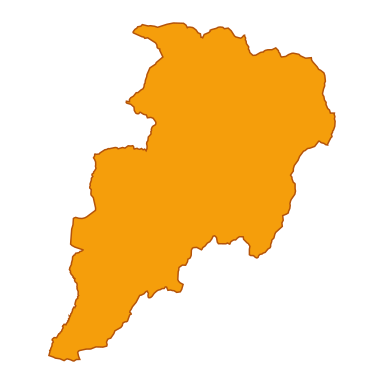 Gutierrez, Cundinamarca, Colombia
{"feature_id": "7082276B81607820591888", "entity_name": "Gutierrez", "entity_type": "district", "adm_level": 2, "iso_a3": "COL", "parent_name": "Colombia", "parent_adm1": "Cundinamarca", "projection": "albers", "projection_center": [-74.067, 4.149], "detail": "fine", "context": "isolated", "style": "filled", "palette": "amber", "viewbox_px": 384, "rotation_deg": 0, "n_neighbors": 0, "source": "geoboundaries", "source_scale": "gbopen_adm2", "svg_char_len": 5867}
<svg xmlns="http://www.w3.org/2000/svg" viewBox="0 0 384 384"><path d="M311.6,60.1L311.3,57.7L305.6,58.2L300.4,55.8L298.9,54.3L293.4,53.2L291.9,53.3L288.5,54.6L285.8,56.4L281.6,57.0L280.8,56.3L279.8,53.4L278.7,52.1L278.4,50.6L275.8,47.9L272.0,49.7L267.7,49.8L265.3,50.4L264.1,51.1L263.5,51.9L260.6,52.4L255.7,55.2L252.9,55.4L249.8,52.5L249.3,50.4L248.4,49.1L248.7,46.9L246.4,43.6L246.1,41.1L245.3,39.9L245.6,38.0L244.7,36.3L244.6,35.2L243.8,35.4L241.9,37.5L240.5,38.2L235.7,36.9L234.5,36.0L231.2,30.8L228.2,28.1L224.4,28.7L222.8,27.3L220.1,27.0L218.1,27.3L216.4,28.3L211.6,29.6L210.1,30.3L210.2,31.2L208.9,32.5L204.2,34.5L202.7,37.8L202.0,37.3L201.0,37.3L200.4,33.8L198.0,32.8L196.1,30.0L193.5,28.0L192.5,27.5L189.9,27.1L187.9,27.2L187.3,27.7L186.0,25.1L183.6,23.3L173.4,23.0L166.9,24.3L157.6,27.3L154.7,26.3L150.4,25.7L148.2,26.0L142.3,24.6L140.8,26.2L137.7,26.8L136.8,28.2L134.9,29.4L133.2,31.7L133.1,32.6L133.6,33.0L142.1,36.8L143.7,37.0L144.8,38.3L147.7,37.8L155.5,42.8L156.8,44.7L157.2,47.6L158.4,48.6L159.8,49.0L159.8,50.5L162.9,57.0L156.3,62.5L155.6,64.1L149.9,67.9L147.0,74.6L146.7,76.7L145.4,80.2L145.0,83.3L144.3,84.2L144.0,86.8L143.0,88.8L140.9,90.0L138.0,92.6L136.2,92.7L133.5,96.1L130.8,97.7L129.5,99.4L129.5,101.7L126.4,101.2L126.2,102.6L126.9,103.2L130.8,104.3L134.0,107.1L134.3,110.5L135.8,113.1L137.0,113.7L138.2,113.8L138.8,113.6L139.9,112.3L140.4,112.3L143.6,114.3L146.4,115.0L147.4,117.8L150.9,117.4L153.2,118.3L155.6,121.7L155.9,122.7L155.8,124.0L155.3,124.8L152.9,126.2L152.0,127.3L151.3,129.3L151.5,130.6L150.8,131.8L151.1,132.9L150.8,134.3L148.3,137.0L147.9,140.7L146.9,142.1L146.6,143.8L147.1,146.0L147.0,148.5L146.1,150.8L144.7,149.1L143.1,149.8L141.5,148.5L139.8,149.3L138.1,149.0L137.1,148.3L134.2,149.0L133.8,148.3L133.7,146.9L132.8,145.7L130.9,146.0L128.2,145.8L125.0,148.1L122.6,147.5L118.1,148.8L116.9,147.7L115.2,147.5L109.4,148.7L108.2,148.6L106.8,149.4L104.8,149.8L100.0,152.9L99.1,154.0L96.2,154.3L95.0,154.0L94.7,154.4L94.6,156.0L93.5,157.8L94.6,159.5L95.6,161.9L95.7,165.3L95.4,166.0L96.0,168.4L94.7,170.7L93.6,172.0L93.5,173.1L92.0,174.2L92.0,175.2L92.8,176.5L91.4,178.2L91.3,180.3L90.0,184.1L90.3,185.3L89.7,187.1L89.8,188.1L91.2,189.5L90.9,193.8L91.1,195.0L93.3,197.6L95.6,208.0L95.5,210.3L86.8,216.8L84.7,217.9L82.0,218.5L78.8,218.3L75.7,217.4L74.1,218.0L73.4,218.5L73.0,224.8L71.7,229.1L70.6,244.1L72.0,245.5L74.9,247.1L83.6,250.0L82.3,250.2L81.8,251.1L80.0,251.5L79.0,252.6L75.6,253.3L74.7,255.0L73.9,255.2L72.6,256.9L72.4,259.7L71.4,263.3L71.5,264.2L69.6,268.2L69.8,269.0L69.4,269.6L70.5,271.2L70.3,272.6L70.9,273.2L70.9,273.8L73.2,276.5L73.0,277.2L73.4,277.4L73.8,278.3L74.4,278.1L75.0,278.6L74.5,280.0L75.1,281.7L76.8,283.2L77.2,284.9L76.9,287.0L77.3,288.0L77.0,288.7L78.2,291.5L78.1,294.8L78.6,295.5L77.6,296.8L77.8,298.2L76.3,299.5L75.7,300.9L74.9,304.3L75.8,305.9L74.9,307.3L74.4,307.2L74.5,307.6L73.7,307.4L72.5,309.7L72.5,310.7L71.5,313.2L70.9,313.7L70.3,316.1L69.7,316.3L69.3,316.0L69.6,317.4L69.1,318.5L68.6,318.7L68.6,319.3L68.9,319.3L68.4,320.3L68.5,320.7L67.7,321.0L67.7,322.0L66.7,323.1L65.9,324.8L65.1,324.3L63.9,324.4L63.6,325.4L62.9,325.6L62.5,326.6L63.1,327.2L63.1,327.8L61.8,330.3L61.6,331.3L60.2,332.4L59.7,333.6L58.8,333.8L56.6,337.7L54.1,337.6L52.2,339.3L52.2,340.2L52.8,340.6L53.3,342.1L52.2,343.4L51.9,346.1L50.8,348.4L50.5,350.1L49.7,350.4L50.0,351.5L48.9,355.5L53.7,357.2L55.3,358.1L60.0,358.8L64.1,360.6L66.4,359.1L67.4,358.9L70.4,359.7L73.0,360.9L74.0,361.0L76.3,359.5L79.8,359.4L78.6,356.4L77.7,352.5L78.3,351.4L79.3,350.6L86.1,349.1L90.7,349.0L95.9,346.9L102.9,347.1L106.7,346.1L107.1,344.7L106.5,342.1L107.7,339.3L109.0,338.6L110.7,338.2L113.8,333.7L114.9,330.8L120.9,327.4L122.3,325.6L122.5,324.2L123.2,322.7L125.2,321.8L126.6,321.7L127.5,321.0L129.4,315.7L129.9,314.7L131.2,314.1L131.0,313.3L129.7,312.2L130.1,310.9L131.2,309.3L132.4,306.8L136.1,302.3L139.7,295.4L141.3,295.1L144.1,293.7L145.6,291.9L147.1,291.1L148.4,293.3L148.0,295.2L148.2,297.1L149.0,297.8L150.6,297.5L152.0,296.4L154.2,293.3L156.8,291.0L158.3,290.1L160.5,289.6L161.9,288.6L164.2,288.5L165.0,287.2L165.8,286.9L166.6,287.2L167.9,290.3L170.5,290.0L172.5,290.6L174.0,290.7L176.7,292.4L180.3,291.8L181.7,289.4L183.1,284.4L180.1,282.8L178.7,281.4L177.8,279.6L178.2,271.7L178.8,269.9L178.8,268.1L179.2,267.3L182.3,265.1L185.6,265.2L187.5,261.7L187.9,259.2L190.0,258.1L190.7,256.7L191.2,255.2L191.4,250.1L192.4,248.2L193.6,247.6L196.8,247.4L201.4,249.8L202.0,249.3L202.8,247.6L205.2,245.9L207.3,243.1L209.8,241.7L211.7,239.1L213.1,236.2L214.7,235.8L216.5,237.5L217.3,242.1L218.4,243.7L225.9,243.8L227.5,243.0L229.5,244.1L229.9,244.0L230.6,242.1L231.5,241.2L233.8,239.9L235.7,239.9L237.5,238.0L239.4,236.7L243.2,236.8L243.6,239.3L246.9,242.7L248.4,243.7L249.9,246.3L249.4,249.2L249.4,254.7L250.7,255.5L253.5,255.6L254.8,256.9L256.4,257.9L257.4,257.8L258.1,257.3L258.6,255.8L259.7,254.5L262.2,253.9L263.1,253.1L265.2,252.4L268.1,248.9L270.0,247.8L270.6,246.7L270.7,244.3L271.7,241.7L271.7,240.3L273.9,238.0L274.9,234.0L275.7,232.4L282.3,226.4L281.9,222.9L283.2,220.3L282.7,215.6L286.6,214.0L288.3,212.9L288.5,211.5L289.8,208.5L290.2,205.4L289.9,203.6L290.6,200.9L291.2,199.5L294.8,194.3L295.5,191.1L295.1,188.6L295.1,184.2L294.9,183.5L293.3,182.3L292.0,178.9L291.9,177.1L290.5,175.1L293.3,171.1L293.4,168.5L294.3,165.5L298.0,160.4L299.6,156.4L303.5,151.2L305.0,150.6L307.6,148.5L310.0,148.1L314.7,146.4L318.7,141.2L319.6,141.3L321.1,142.6L324.0,143.4L325.8,144.7L327.7,145.0L327.6,144.2L329.3,140.7L331.0,137.5L332.0,136.7L331.4,134.1L332.5,132.5L332.7,130.9L333.5,130.0L334.8,126.3L335.1,121.2L334.4,118.9L334.9,116.6L334.2,114.4L334.4,113.1L330.4,113.1L329.5,110.1L327.7,108.5L326.0,104.5L326.1,102.3L324.5,100.1L323.8,96.3L323.0,95.3L322.5,93.5L323.6,88.7L324.7,85.9L324.5,83.2L325.4,81.3L324.8,75.6L323.9,72.9L320.6,70.3L318.6,69.3L317.2,66.9L312.8,61.9L311.6,60.1Z" fill="#f59e0b" stroke="#b45309" stroke-width="1.5"/></svg>